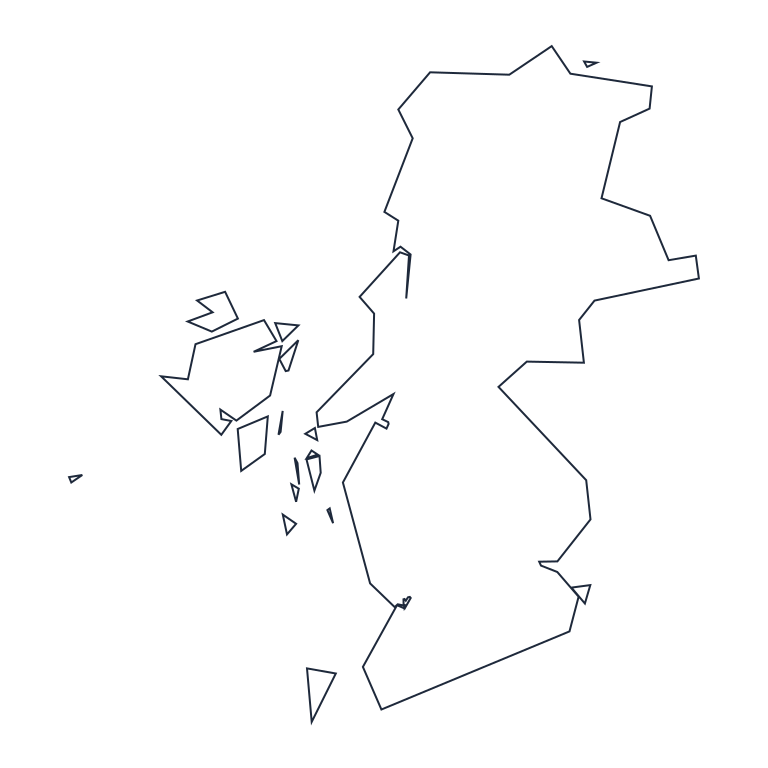 Belitung, Bangka-Belitung, Indonesia
{"feature_id": "22746128B80009106787015", "entity_name": "Belitung", "entity_type": "district", "adm_level": 2, "iso_a3": "IDN", "parent_name": "Indonesia", "parent_adm1": "Bangka-Belitung", "projection": "robinson", "projection_center": [107.612, -2.94], "detail": "medium", "context": "isolated", "style": "outline", "palette": "slate", "viewbox_px": 768, "rotation_deg": 0, "n_neighbors": 0, "source": "geoboundaries", "source_scale": "gbopen_adm2", "svg_char_len": 1930}
<svg xmlns="http://www.w3.org/2000/svg" viewBox="0 0 768 768"><path d="M651.9,86.4L570.4,73.7L551.7,46.1L509.3,74.7L430.1,72.3L398.3,109.5L412.7,138.3L384.4,211.9L398.3,220.7L393.5,251.3L400.5,246.7L410.6,254.5L406.2,298.5L409.0,255.5L400.0,252.3L359.6,296.9L374.1,313.6L373.2,354.1L316.6,412.3L318.2,426.9L346.8,421.6L393.5,394.0L382.2,419.2L388.2,422.1L388.6,423.9L386.5,428.6L375.3,422.6L342.9,482.5L370.1,583.4L394.7,607.1L397.7,604.3L404.0,605.5L404.4,608.1L406.0,605.3L403.6,604.8L403.5,599.3L404.5,599.0L405.8,600.7L408.0,597.3L409.8,596.9L410.7,598.0L404.7,608.5L397.0,605.2L362.9,666.9L381.4,709.5L569.5,631.4L578.6,596.7L557.3,572.0L541.0,565.6L539.2,561.7L557.4,561.4L590.5,519.4L586.2,480.2L498.5,386.9L526.8,361.6L583.9,362.7L579.1,320.0L594.5,300.6L698.9,278.5L695.8,255.6L668.6,260.2L650.1,215.8L601.5,198.3L620.1,122.0L649.6,108.6L651.9,86.4ZM264.0,320.1L195.5,344.2L187.9,379.3L161.1,376.3L221.3,434.8L231.3,421.0L221.4,419.1L220.4,409.6L236.4,420.6L270.1,395.5L281.7,346.2L253.6,351.8L276.5,341.1L264.0,320.1ZM267.8,416.4L237.7,429.0L241.2,470.9L264.8,454.0L267.8,416.4ZM225.1,291.8L197.1,300.5L212.6,312.3L187.7,321.5L211.8,331.6L237.9,318.6L225.1,291.8ZM335.8,673.5L307.0,668.4L311.7,721.9L335.8,673.5ZM319.5,456.0L306.5,459.4L314.4,490.6L320.7,472.8L319.5,456.0ZM296.1,523.8L282.8,514.6L287.0,534.4L296.1,523.8ZM590.3,585.1L571.4,587.6L584.9,603.5L590.3,585.1ZM298.4,325.4L275.2,323.1L282.3,341.1L298.4,325.4ZM298.3,340.2L279.3,358.9L285.7,371.1L288.5,370.5L298.3,340.2ZM314.9,428.0L305.3,433.8L317.2,440.1L314.9,428.0ZM299.2,484.5L297.5,463.1L294.6,457.7L299.2,484.5ZM296.1,501.8L298.8,488.7L291.4,484.3L296.1,501.8ZM280.6,431.9L282.7,410.9L278.5,434.7L280.6,431.9ZM596.6,62.7L584.1,61.5L587.1,66.9L596.6,62.7ZM82.3,475.0L69.1,477.1L71.3,482.5L82.3,475.0ZM311.5,450.5L306.7,458.2L317.7,454.6L311.5,450.5ZM333.1,523.2L329.7,508.4L327.4,510.1L333.1,523.2Z" fill="none" stroke="#1e293b" stroke-width="2"/></svg>